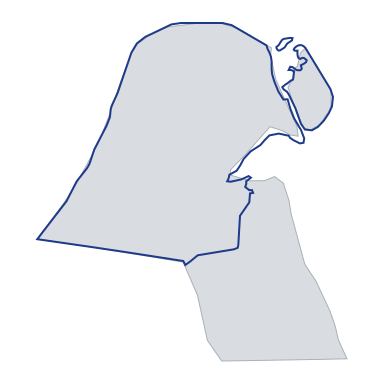 location of Al Jahrah within Kuwait
{"feature_id": "KWT-1667", "entity_name": "Al Jahrah", "entity_type": "Province", "adm_level": 1, "iso_a3": "KWT", "parent_name": "Kuwait", "parent_adm1": "", "projection": "equal_earth", "projection_center": [47.841, 29.537], "detail": "fine", "context": "in_parent", "style": "outline", "palette": "blue", "viewbox_px": 384, "rotation_deg": 0, "n_neighbors": 0, "source": "natural_earth", "source_scale": "10m", "svg_char_len": 2740}
<svg xmlns="http://www.w3.org/2000/svg" viewBox="0 0 384 384"><path d="M346.9,358.8L318.7,359.4L283.1,360.0L254.3,360.5L221.7,361.0L207.4,340.4L202.5,318.0L197.4,295.0L183.1,262.1L135.5,254.2L110.1,250.0L68.4,243.7L37.1,239.1L63.5,203.7L75.8,184.8L98.1,143.8L109.5,114.6L120.5,82.3L130.0,57.1L132.0,52.5L137.5,44.0L149.6,35.2L167.0,27.0L196.6,23.4L217.4,23.2L222.1,23.6L235.2,27.7L271.4,47.9L270.6,55.8L275.8,79.5L287.4,105.4L296.9,126.4L298.1,136.2L289.4,134.8L282.7,130.8L270.0,126.7L245.4,154.6L230.5,169.8L230.1,175.0L249.9,180.8L264.5,180.7L274.6,176.6L283.3,183.1L288.9,200.3L291.2,214.3L304.8,264.3L316.0,281.2L330.0,311.1L335.3,326.6L338.3,339.6L346.9,358.8ZM319.4,125.1L310.2,129.9L304.0,127.8L297.9,116.2L288.0,87.4L293.4,76.7L293.2,72.1L294.3,68.6L297.3,66.4L300.5,52.9L304.7,48.7L311.6,57.9L331.1,90.9L331.0,104.4L329.9,109.9L319.4,125.1Z" fill="#d9dde1" stroke="#a8b0b8" stroke-width="1"/><path d="M222.3,23.0L231.6,25.1L266.5,45.4L267.6,49.0L269.3,52.3L270.9,56.5L271.6,61.1L271.6,69.0L272.1,74.1L274.2,81.2L278.4,91.6L283.4,99.5L287.6,99.3L290.4,108.9L294.2,118.5L301.0,130.0L304.2,138.4L303.5,142.8L299.9,143.4L293.3,140.1L289.9,137.7L288.8,135.7L285.6,135.1L281.7,134.2L278.8,133.6L269.4,135.4L264.6,140.2L260.5,145.0L250.6,151.4L243.7,158.9L240.2,165.4L236.7,170.7L229.4,174.7L228.7,178.1L227.2,181.3L230.8,181.7L236.8,180.4L241.3,179.4L244.9,177.8L248.6,176.1L250.9,177.7L246.2,181.3L246.3,183.9L245.2,186.9L249.2,190.1L252.0,190.1L252.2,190.7L253.1,192.9L250.0,193.4L249.3,202.3L240.0,215.8L238.3,244.9L237.7,247.8L234.0,249.3L197.7,255.3L189.8,261.8L185.3,265.0L183.3,261.0L183.2,261.0L174.1,259.6L158.0,257.1L141.9,254.6L125.7,252.1L109.6,249.7L91.5,247.0L73.4,244.4L55.4,241.8L37.3,239.2L42.0,233.0L66.5,201.2L76.7,181.3L87.1,168.1L89.5,163.8L94.4,149.2L106.5,125.9L109.7,117.8L110.1,115.6L110.7,109.1L111.6,106.0L117.5,93.2L131.4,52.6L136.9,43.4L145.4,36.8L171.4,24.4L180.7,23.0L222.3,23.0ZM331.9,106.6L328.8,113.2L323.9,120.6L317.9,126.9L311.9,130.3L310.9,130.2L304.9,129.5L301.0,123.9L295.4,108.2L288.6,94.1L287.7,92.8L286.8,91.6L283.6,89.4L282.3,87.1L285.4,84.6L287.3,83.4L290.8,80.6L292.6,80.0L293.2,78.8L294.1,71.4L291.6,70.2L290.2,69.9L288.7,70.0L290.2,66.8L292.5,67.1L296.4,70.0L298.3,70.3L300.5,70.2L301.8,68.7L300.8,65.3L303.8,63.8L306.1,62.1L306.7,60.2L304.2,58.1L302.3,57.8L300.2,59.0L298.6,58.1L297.9,56.7L297.5,54.4L297.4,52.2L297.5,50.7L294.7,50.7L294.3,50.3L293.7,49.7L294.4,48.2L296.4,46.4L298.7,45.3L301.0,45.1L303.2,45.9L305.3,47.7L330.5,89.2L333.0,97.0L331.9,106.6ZM287.6,43.3L286.6,44.4L285.0,46.9L284.3,47.7L279.9,50.4L278.7,50.6L277.5,49.8L276.6,48.4L276.4,47.0L278.6,45.2L281.9,40.1L283.7,38.9L290.0,37.9L292.5,38.1L292.0,40.4L287.6,43.3Z" fill="none" stroke="#1e3a8a" stroke-width="2"/></svg>